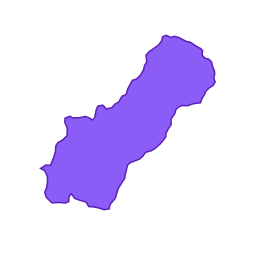 outline of Roseira, São Paulo, Brazil, rotated 229°
{"feature_id": "56859067B73813255316006", "entity_name": "Roseira", "entity_type": "district", "adm_level": 2, "iso_a3": "BRA", "parent_name": "Brazil", "parent_adm1": "São Paulo", "projection": "robinson", "projection_center": [-45.302, -22.932], "detail": "fine", "context": "isolated", "style": "filled", "palette": "violet", "viewbox_px": 256, "rotation_deg": 229, "n_neighbors": 0, "source": "geoboundaries", "source_scale": "gbopen_adm2", "svg_char_len": 1606}
<svg xmlns="http://www.w3.org/2000/svg" viewBox="0 0 256 256"><g transform="rotate(229 128 128)"><path d="M154.8,35.5L150.6,37.1L144.5,35.5L140.5,32.2L138.3,29.7L136.2,27.2L134.1,23.0L129.7,21.0L126.4,21.0L121.3,21.6L116.6,27.6L112.6,31.3L111.3,34.9L115.0,38.6L115.5,42.1L109.8,41.6L106.5,43.4L99.4,47.8L94.5,46.8L91.5,49.8L88.3,52.5L85.3,54.4L82.0,56.4L79.3,60.5L82.0,64.3L82.7,68.4L83.4,72.6L85.6,75.8L88.8,81.2L90.4,86.3L92.1,92.4L95.2,96.0L97.0,98.8L100.1,102.9L100.5,106.7L98.4,112.4L97.0,116.1L97.0,121.0L98.1,125.3L95.5,130.7L94.8,135.6L94.9,142.1L95.5,146.0L96.6,150.9L98.9,152.7L100.9,157.9L102.3,162.9L106.5,166.3L108.0,172.3L110.6,176.6L110.6,180.2L109.6,183.4L107.5,185.6L105.5,188.0L103.8,192.5L101.2,196.8L99.4,199.3L101.5,202.7L103.1,207.7L104.6,210.7L105.0,215.4L104.3,220.2L105.6,224.1L108.9,225.2L112.3,229.3L114.9,230.9L118.5,232.0L123.0,234.4L127.0,234.1L130.0,232.0L134.2,231.6L137.4,235.0L140.2,235.0L143.1,233.8L147.2,232.5L151.7,231.4L154.8,229.0L158.3,227.5L162.0,226.2L166.7,223.3L168.2,219.7L172.9,217.7L174.2,213.9L171.8,210.8L170.6,205.7L170.9,201.8L171.8,193.8L171.1,189.3L165.7,185.6L164.3,181.4L161.6,177.7L159.7,171.6L159.4,166.5L161.1,162.7L159.4,157.9L157.5,153.1L154.5,148.6L155.9,144.2L153.7,138.1L154.6,133.8L153.9,129.2L156.6,124.1L161.7,124.0L164.3,119.7L162.5,115.8L157.9,110.0L157.1,106.7L161.4,105.2L164.7,103.4L167.4,98.5L172.2,92.6L175.0,92.0L176.7,86.9L173.7,84.0L169.9,82.8L167.1,81.7L162.2,76.9L161.9,70.5L163.0,65.3L161.8,61.8L157.9,57.8L154.8,53.2L152.7,48.9L150.7,45.2L154.0,41.6L154.8,35.5Z" fill="#8b5cf6" stroke="#5b21b6" stroke-width="1.5"/></g></svg>